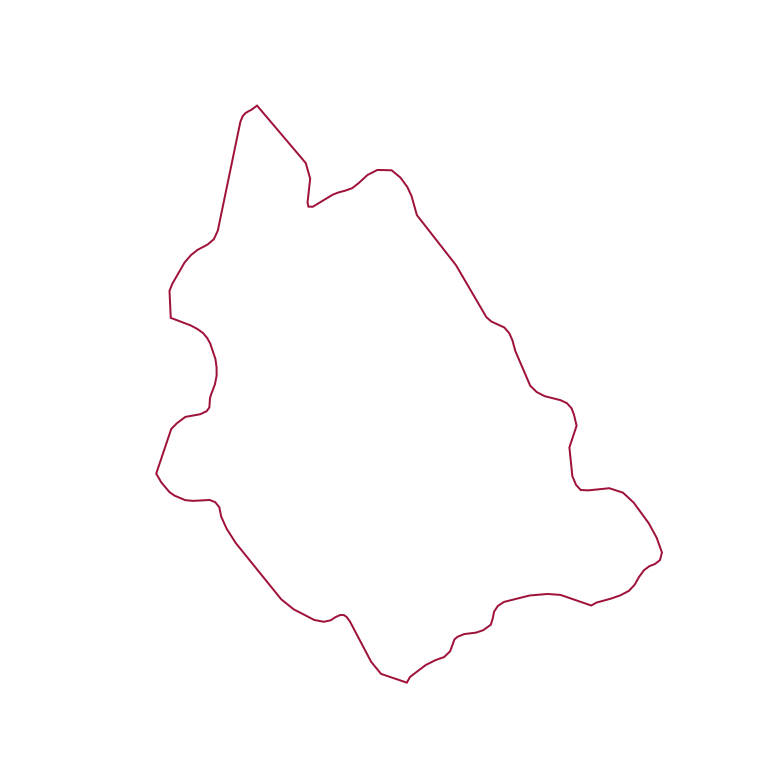 an SVG outline of Guelma, rotated 259°
{"feature_id": "DZA-2218", "entity_name": "Guelma", "entity_type": "Province", "adm_level": 1, "iso_a3": "DZA", "parent_name": "Algeria", "parent_adm1": "", "projection": "orthographic", "projection_center": [7.375, 36.384], "detail": "fine", "context": "isolated", "style": "outline", "palette": "rose", "viewbox_px": 768, "rotation_deg": 259, "n_neighbors": 0, "source": "natural_earth", "source_scale": "10m", "svg_char_len": 1735}
<svg xmlns="http://www.w3.org/2000/svg" viewBox="0 0 768 768"><g transform="rotate(259 384 384)"><path d="M127.0,545.2L143.3,517.0L146.7,504.4L148.6,486.6L147.2,460.3L144.4,453.4L139.5,448.6L133.5,446.2L127.3,442.9L123.4,434.4L122.4,427.0L123.2,414.9L121.8,407.9L119.8,404.4L109.0,397.9L104.5,390.9L103.2,382.1L100.2,371.4L92.2,355.0L91.2,353.4L86.5,349.4L100.0,325.8L113.7,318.4L157.2,305.3L162.4,302.9L164.8,300.6L165.6,296.9L164.3,291.5L162.2,286.7L162.1,279.4L165.7,270.5L180.1,252.3L192.3,242.0L256.0,208.2L271.7,202.0L284.8,198.9L294.4,198.8L300.2,195.8L303.4,190.8L305.7,174.3L307.9,166.7L314.3,157.2L318.8,152.8L329.9,146.6L339.5,143.3L380.5,166.6L385.0,173.2L389.6,182.7L389.4,197.9L391.2,204.8L394.3,208.1L403.0,210.4L406.1,211.9L415.8,217.9L424.1,221.3L432.2,222.8L440.6,223.3L457.1,221.1L463.1,219.1L468.5,216.1L473.7,211.2L478.4,205.4L489.6,187.3L516.3,191.2L522.5,195.1L541.4,211.5L547.5,219.3L551.3,226.7L554.6,237.5L558.6,244.6L566.2,250.1L668.7,293.0L673.9,296.4L676.1,299.3L676.9,301.0L678.5,306.2L681.5,312.5L615.7,349.4L599.6,350.7L576.5,343.5L572.5,343.7L571.6,347.9L579.6,369.7L580.7,375.6L581.2,382.9L582.3,390.1L586.0,397.4L592.3,407.6L595.4,418.3L592.3,432.3L583.5,439.5L572.9,444.5L563.2,446.9L543.5,448.5L487.0,477.3L430.2,497.2L424.9,501.2L416.5,512.9L409.9,516.7L402.4,518.4L391.3,519.2L354.4,527.2L346.9,532.4L341.4,539.4L334.5,554.1L330.3,559.9L324.3,563.5L317.8,564.6L306.3,565.1L286.4,553.9L257.6,551.3L248.2,553.3L242.4,556.9L240.6,564.3L238.7,585.3L231.7,597.9L219.8,606.5L196.8,617.3L181.2,622.3L165.6,624.7L158.5,621.3L155.6,615.6L154.5,609.6L151.7,603.8L145.8,597.4L139.1,591.7L134.3,585.1L131.4,575.6L130.0,565.7L128.9,550.9L127.0,545.2Z" fill="none" stroke="#9f1239" stroke-width="2"/></g></svg>